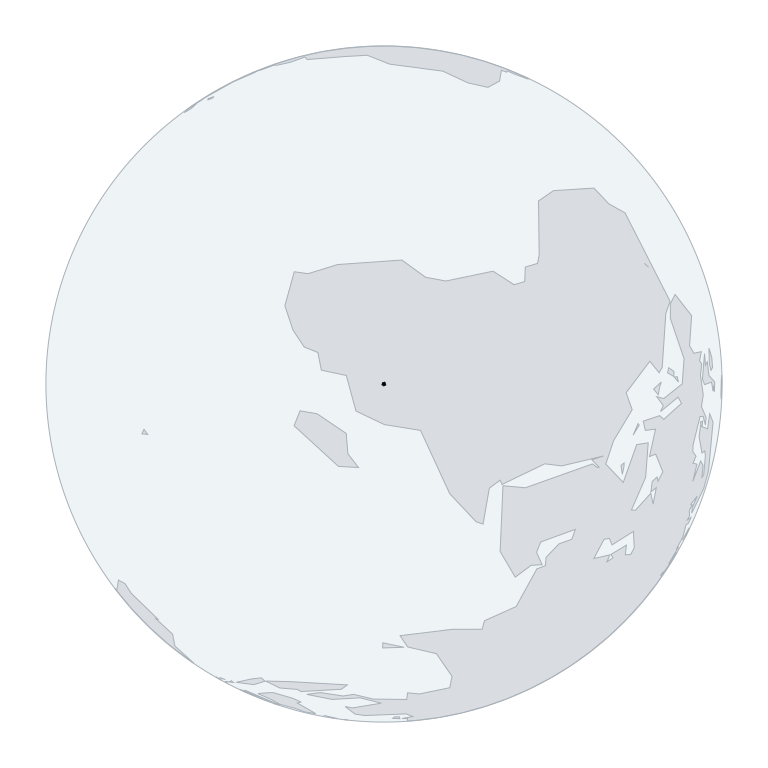 Ntchisi highlighted on a globe, orthographic projection, rotated 110°
{"feature_id": "MWI-1913", "entity_name": "Ntchisi", "entity_type": "District", "adm_level": 1, "iso_a3": "MWI", "parent_name": "Malawi", "parent_adm1": "", "projection": "orthographic", "projection_center": [33.898, -13.273], "detail": "fine", "context": "on_globe", "style": "filled", "palette": "ink", "viewbox_px": 768, "rotation_deg": 110, "n_neighbors": 0, "source": "natural_earth", "source_scale": "10m", "svg_char_len": 6009}
<svg xmlns="http://www.w3.org/2000/svg" viewBox="0 0 768 768"><g transform="rotate(110 384 384)"><circle cx="384" cy="384" r="338" fill="#eef3f6" stroke="#a8b0b8"/><path d="M47.6,352.0L48.2,353.4L48.2,365.8L47.6,375.4L49.0,375.3L49.1,381.0L59.8,379.0L69.7,387.8L72.3,408.0L69.9,435.7L81.5,488.1L80.8,512.1L89.9,533.3L105.4,567.2L103.8,570.1L113.8,582.2L120.7,593.0L122.3,596.8L130.8,606.7L132.4,609.2L137.2,613.8L151.9,629.3L161.8,637.8L175.6,649.7L182.1,654.3L182.9,655.2L186.9,658.2L191.3,661.3L188.9,659.9L170.1,645.6L152.3,630.0L135.7,613.2L120.2,595.2L106.1,576.3L93.3,556.4L82.0,535.6L72.1,514.1L63.8,492.0L57.0,469.3L51.9,446.2L48.3,422.9L46.4,399.3L46.2,375.6L47.6,352.0ZM190.7,661.2L192.5,662.1L183.8,655.6L191.1,659.4L197.3,664.6L190.8,661.3L190.7,661.2ZM176.1,646.9L172.0,642.0L174.0,643.0L177.2,646.6L176.1,646.9ZM450.0,52.6L457.7,54.3L454.4,53.5L454.8,53.6L477.9,59.4L500.6,66.8L522.7,75.9L544.1,86.4L564.7,98.5L584.4,111.9L603.1,126.8L620.7,142.9L637.2,160.2L652.3,178.6L666.2,198.1L678.6,218.4L689.5,239.6L692.5,246.7L690.4,247.6L692.2,252.7L686.7,243.2L686.4,250.3L702.1,288.7L704.1,298.2L700.4,310.2L699.1,302.7L684.8,277.3L687.1,299.2L698.1,324.7L702.1,350.5L695.8,338.5L691.2,315.8L686.0,306.2L683.8,286.5L672.7,254.8L666.1,256.2L663.2,244.8L646.9,218.3L635.4,220.1L619.5,242.5L623.0,271.8L615.0,282.8L591.2,236.0L580.9,207.9L572.1,208.6L547.9,183.7L505.4,177.1L499.5,170.2L491.5,172.4L474.4,164.9L465.6,154.4L455.2,154.5L478.8,182.7L490.0,183.1L499.7,173.6L504.1,183.8L520.6,194.6L501.6,217.6L438.9,237.4L433.2,215.7L387.8,160.8L389.4,155.2L389.3,154.5L388.7,153.4L384.1,162.7L376.5,153.0L400.2,189.0L404.0,205.6L438.0,238.7L434.7,242.0L445.8,249.4L481.8,243.0L481.9,250.4L464.6,284.7L415.1,333.8L422.0,369.7L419.0,401.1L388.9,422.3L392.4,447.6L377.0,456.9L376.5,471.6L364.6,487.8L344.4,503.9L309.2,506.7L306.3,493.1L287.6,468.4L261.4,409.6L269.5,381.4L266.1,361.2L240.7,320.1L246.2,295.7L239.6,286.8L225.8,291.2L218.2,281.0L210.0,282.2L159.1,301.4L144.3,290.8L128.1,253.7L137.8,234.4L140.8,216.0L208.4,143.5L221.4,143.3L273.1,128.3L279.3,129.3L271.7,142.0L309.4,153.5L323.3,142.0L358.8,148.9L383.4,148.2L394.7,125.5L354.5,125.8L348.9,115.6L382.3,106.2L417.7,108.4L416.7,104.6L395.5,95.9L404.9,90.0L388.3,92.7L394.1,96.3L383.9,98.6L378.0,95.6L381.5,93.3L371.2,91.9L357.0,104.7L361.4,109.7L333.6,113.4L338.2,122.6L330.2,127.6L319.5,114.2L321.5,109.0L300.4,97.8L295.8,103.2L315.3,114.7L308.7,114.2L302.6,123.4L302.0,116.1L281.9,103.8L257.6,110.7L224.5,137.3L210.8,142.3L200.3,141.1L214.6,118.3L243.6,109.9L249.1,103.3L245.1,96.9L254.3,95.4L256.3,92.3L267.4,89.7L285.0,80.3L296.6,78.0L305.4,69.8L312.6,67.9L305.3,73.0L306.5,75.9L335.7,72.7L341.8,70.7L345.2,66.1L352.8,66.5L352.3,62.5L369.9,60.5L348.0,60.1L351.4,56.3L363.0,53.4L360.2,52.5L341.2,57.5L337.2,59.8L340.1,61.6L325.7,69.9L315.3,72.2L315.4,64.6L300.7,67.7L307.2,61.8L354.4,49.4L373.1,47.8L400.2,50.7L394.7,52.1L382.3,51.3L392.1,54.6L392.1,53.0L398.4,53.9L403.2,51.8L407.9,52.4L404.5,49.9L410.8,50.4L412.9,52.0L425.3,50.9L438.9,52.7L439.5,52.3L436.2,51.4L455.6,55.0L455.2,54.7L448.6,53.2L443.5,51.8L442.0,51.1L448.8,52.4L450.3,52.8L463.5,56.2L466.4,58.0L469.0,58.6L468.2,57.5L452.0,53.1L449.3,52.5L450.0,52.6ZM183.7,175.3L181.6,180.7L183.7,175.3ZM454.7,124.1L476.2,127.1L467.3,113.3L474.8,113.7L469.0,109.3L466.5,112.4L452.5,101.1L462.0,98.8L459.8,93.9L452.4,92.8L437.2,99.2L457.2,114.7L452.0,119.4L454.7,124.1ZM256.1,80.9L259.2,81.4L253.9,85.1L239.2,90.9L246.7,85.2L256.1,80.9ZM264.9,81.5L269.1,73.8L278.4,70.9L272.4,73.6L278.2,72.4L270.2,76.8L274.9,82.5L270.6,86.4L245.8,93.2L256.3,88.4L252.6,87.8L264.9,81.5ZM263.4,68.5L265.4,67.6L283.0,61.9L279.2,63.6L264.3,68.6L260.1,69.8L263.4,68.5ZM287.3,124.1L292.3,124.0L300.3,122.6L296.6,128.9L287.3,124.1ZM273.2,115.7L277.8,114.3L276.5,121.4L271.3,122.0L273.2,115.7ZM281.5,108.0L278.2,113.7L276.9,110.9L281.5,108.0ZM309.8,71.9L314.9,70.7L315.0,71.7L311.6,73.7L309.8,71.9ZM387.2,129.2L379.5,133.5L376.1,131.4L379.4,130.3L387.2,129.2ZM335.4,130.1L346.8,132.4L334.3,131.7L335.4,130.1ZM512.2,588.8L513.6,594.5L508.7,594.0L512.2,588.8ZM477.0,398.6L454.0,454.2L437.9,453.7L434.9,436.6L443.4,402.6L462.0,394.0L471.2,379.4L477.0,398.6ZM716.0,432.0L716.3,436.8L716.0,438.2L716.0,432.0ZM715.9,423.3L716.9,427.4L715.1,426.1L715.9,423.3ZM717.1,429.1L718.1,429.9L718.5,429.0L718.0,431.9L717.1,429.1ZM714.9,420.9L706.5,407.7L702.1,398.8L704.0,394.1L711.0,403.5L714.9,420.9ZM703.6,393.6L695.8,370.4L679.3,315.6L685.4,319.6L701.4,356.8L700.6,361.0L705.3,377.9L703.6,393.6ZM719.0,382.6L718.0,396.6L714.1,388.1L711.9,382.5L710.5,361.6L711.3,353.4L713.4,356.3L717.1,335.3L719.3,346.7L719.2,356.6L720.6,372.2L719.0,382.6ZM624.5,275.0L632.5,295.0L627.6,296.6L624.5,275.0ZM715.3,318.2L716.0,327.2L714.3,313.3L715.3,318.2ZM713.1,307.1L712.0,302.7L712.1,303.2L713.1,307.1ZM695.2,261.4L693.2,260.3L691.5,255.6L693.1,254.6L695.2,261.4ZM424.7,48.5L422.0,48.3L421.5,48.7L428.7,50.1L415.5,48.3L416.2,47.6L419.6,48.0L424.7,48.5ZM667.8,567.4L669.7,564.4L659.1,566.5L660.2,559.0L667.1,550.0L682.3,516.0L682.6,518.0L691.4,497.1L701.7,490.9L711.4,467.2L710.4,471.3L702.6,496.5L692.9,521.0L681.3,544.7L667.8,567.4ZM717.5,438.4L716.5,441.9L718.0,435.1L717.5,438.4ZM721.9,377.6L721.2,377.6L721.4,388.1L721.9,386.8L721.4,391.7L720.8,409.9L720.2,414.6L721.1,395.1L719.7,411.0L719.4,408.7L720.2,393.1L721.1,377.6L721.4,372.4L721.8,375.6L721.9,377.6ZM719.0,340.0L719.0,339.5L719.0,340.0Z" fill="#d9dde1" stroke="#a8b0b8" stroke-width="1"/><path d="M384.1,382.5L384.1,382.8L384.2,383.0L384.3,383.1L384.3,383.3L384.5,383.4L384.6,383.1L384.9,383.0L385.0,383.1L384.9,383.1L384.9,383.3L385.0,383.3L385.2,383.5L385.2,383.8L385.2,384.0L385.3,384.5L385.3,385.3L385.2,385.4L385.0,385.5L384.9,385.5L384.6,385.3L384.3,385.4L384.2,385.3L383.9,385.3L383.5,385.4L383.2,385.4L383.1,385.2L383.1,384.9L383.0,384.5L382.9,384.4L382.7,384.1L382.4,384.0L382.4,383.8L382.5,383.8L382.6,383.7L382.8,383.6L383.0,383.5L383.1,383.4L383.3,383.1L383.5,383.0L383.6,382.9L383.7,382.7L384.1,382.5Z" fill="#0f172a" stroke="#020617" stroke-width="1.5"/></g></svg>